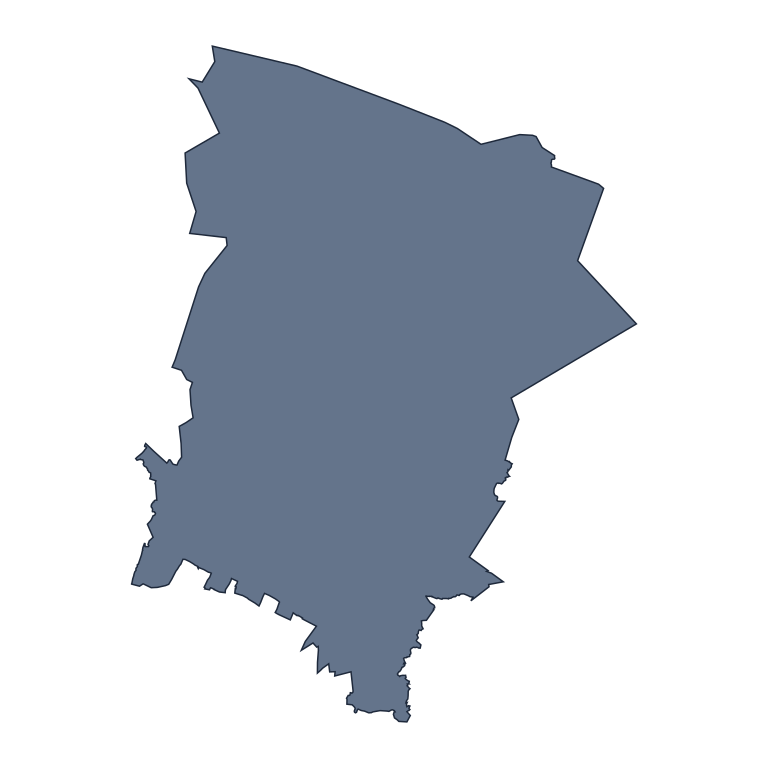 Atoyac de Álvarez, Guerrero, Mexico
{"feature_id": "50627088B21593643205085", "entity_name": "Atoyac de Álvarez", "entity_type": "district", "adm_level": 2, "iso_a3": "MEX", "parent_name": "Mexico", "parent_adm1": "Guerrero", "projection": "robinson", "projection_center": [-100.398, 17.312], "detail": "fine", "context": "isolated", "style": "filled", "palette": "slate", "viewbox_px": 768, "rotation_deg": 0, "n_neighbors": 0, "source": "geoboundaries", "source_scale": "gbopen_adm2", "svg_char_len": 6126}
<svg xmlns="http://www.w3.org/2000/svg" viewBox="0 0 768 768"><path d="M536.1,136.6L532.6,135.3L519.7,134.6L481.0,144.3L457.4,128.5L444.8,122.3L399.1,104.3L297.0,66.1L212.3,46.1L214.8,61.6L202.2,82.1L189.0,78.8L198.0,88.1L219.4,133.1L185.1,153.0L186.7,183.2L196.1,211.5L189.7,233.4L226.2,237.6L227.1,245.5L204.9,273.3L198.6,286.8L175.2,359.8L172.1,367.2L181.5,370.3L186.7,379.5L192.4,382.4L190.0,389.6L191.0,405.3L193.1,417.8L185.9,422.7L179.2,426.4L181.1,443.5L181.6,457.2L178.7,461.1L177.0,465.0L176.2,465.0L173.3,464.3L172.6,463.7L170.2,460.0L169.7,459.8L169.0,459.9L168.6,460.4L167.8,462.0L166.8,463.1L153.7,451.2L145.7,443.5L144.8,445.2L144.6,446.3L145.0,446.7L146.4,447.1L146.5,447.7L146.2,448.3L144.8,449.8L144.0,451.0L142.1,453.1L136.9,457.4L135.7,458.6L137.0,460.2L140.5,459.2L140.8,459.6L142.9,459.9L143.5,461.4L143.8,462.5L143.6,463.3L143.2,463.8L143.6,465.1L144.4,466.2L146.4,467.2L146.9,468.2L147.6,469.0L147.5,469.6L147.6,470.1L148.3,470.8L149.2,472.4L149.8,472.5L150.6,472.9L150.8,475.1L150.6,475.7L150.8,476.5L149.9,478.1L149.8,478.8L155.9,480.8L155.0,483.7L155.5,484.1L156.8,500.2L155.2,500.2L154.1,501.0L153.9,501.9L153.0,502.2L152.9,502.7L152.0,503.7L151.3,505.1L151.5,505.4L151.2,506.1L151.2,506.9L151.9,507.6L152.6,509.2L152.4,510.6L152.4,511.6L152.8,511.8L154.2,511.7L154.5,511.9L154.7,512.5L155.3,512.9L155.5,513.5L154.8,515.0L154.4,515.3L153.1,515.7L151.5,519.3L150.4,521.0L147.4,524.2L153.1,537.3L149.3,540.8L148.0,544.3L148.8,545.8L148.6,545.9L148.3,546.6L145.2,546.6L144.8,546.1L145.1,545.5L144.9,544.6L145.1,544.1L145.0,543.6L144.4,543.5L142.9,547.6L142.5,549.9L142.7,550.5L142.4,550.8L141.4,555.1L138.3,564.3L137.5,564.5L137.2,565.0L137.4,566.1L137.3,566.6L136.1,568.1L135.9,568.9L136.0,570.4L135.1,571.4L134.7,572.1L133.9,574.7L133.8,575.6L132.8,578.6L131.8,583.6L131.6,583.8L131.6,584.1L139.5,586.2L143.0,583.9L143.3,583.9L151.2,587.7L157.4,587.4L165.5,585.6L168.7,584.3L171.6,579.5L175.8,571.3L177.4,569.2L179.5,565.7L180.8,564.3L182.9,559.3L185.1,559.4L189.7,561.6L193.6,564.0L194.8,565.0L197.5,566.3L197.9,566.5L197.6,567.2L198.3,568.7L198.9,567.6L203.9,569.6L208.4,572.2L209.8,572.5L211.3,573.2L209.7,577.3L207.5,580.2L205.5,584.5L204.1,587.2L204.5,587.4L205.2,588.2L204.8,588.9L209.5,589.8L210.5,587.8L210.7,587.7L214.2,589.3L214.1,589.6L219.4,592.0L225.2,592.7L225.3,590.9L225.6,589.5L229.3,583.9L231.0,580.4L231.5,578.5L237.5,581.3L237.0,583.5L235.4,585.8L235.2,586.3L236.2,586.8L235.9,588.6L235.3,588.4L234.8,593.1L242.1,595.4L242.3,595.3L247.3,598.0L248.7,599.3L254.9,603.0L259.0,606.0L260.6,602.6L262.9,596.7L264.5,593.4L269.0,595.3L275.4,598.9L278.9,601.4L279.5,602.1L279.0,603.2L276.9,609.3L275.2,612.5L276.6,613.4L279.0,614.7L290.3,619.9L293.2,612.8L296.5,615.3L296.6,615.1L298.1,615.8L298.4,615.5L302.5,618.0L302.2,618.7L303.5,619.5L316.4,626.2L305.3,641.4L301.3,650.3L313.0,643.0L316.7,647.1L318.2,646.4L318.4,650.3L317.5,662.3L317.4,673.1L320.7,670.2L322.5,668.3L328.7,663.8L329.7,671.9L335.1,671.7L334.7,676.0L351.0,671.8L353.1,691.1L352.8,692.4L351.8,693.2L350.9,692.7L350.3,692.7L350.1,694.2L349.7,695.3L349.3,695.4L348.2,695.4L346.5,698.3L347.0,699.2L346.9,704.2L352.2,704.8L354.3,706.9L355.1,708.2L355.1,708.9L354.3,711.0L354.4,711.9L354.8,712.4L355.5,712.8L356.5,712.3L357.4,709.8L358.1,709.1L361.2,710.5L364.5,711.1L368.6,712.8L371.3,712.7L372.8,711.9L380.1,710.6L387.4,711.1L388.9,711.4L391.4,710.0L392.4,709.8L394.3,710.6L395.0,711.8L394.2,711.8L393.4,714.3L394.5,717.9L397.2,719.8L398.8,721.4L406.9,721.9L410.3,715.5L406.9,711.7L408.2,710.7L408.9,710.6L409.9,709.5L409.0,708.7L409.4,706.9L409.7,706.6L409.9,706.0L408.5,705.7L406.9,706.7L406.6,705.6L406.5,704.0L407.2,702.5L405.9,702.8L406.5,700.7L407.8,699.0L408.1,695.9L408.2,691.2L408.6,690.2L410.0,688.7L409.2,688.1L407.1,685.8L407.7,685.2L407.3,684.0L409.1,683.9L408.6,683.5L409.1,682.4L409.3,681.3L408.2,680.9L406.1,679.5L405.2,678.3L406.1,677.2L405.8,676.5L405.6,675.3L404.4,675.4L402.9,675.3L400.6,675.7L399.7,676.5L398.6,675.4L397.9,675.2L397.4,674.0L398.9,671.7L399.6,671.6L400.8,670.0L402.0,667.6L401.9,667.4L402.4,667.1L402.9,667.1L404.6,665.7L405.0,664.0L403.6,663.9L404.0,663.1L404.7,663.4L405.5,663.2L404.3,660.9L403.6,658.4L404.3,657.8L406.5,657.6L406.7,657.2L407.3,657.1L407.3,656.9L409.6,656.5L409.8,655.6L409.7,654.7L410.7,653.9L410.9,653.1L410.4,650.6L410.5,649.4L411.2,648.6L413.2,647.3L414.2,647.3L415.0,647.6L416.7,647.2L418.2,647.7L418.8,648.1L420.2,648.1L420.9,644.9L418.7,642.8L418.1,642.5L417.3,641.9L416.6,641.1L416.3,640.6L416.7,639.7L418.2,637.8L417.1,635.2L416.8,634.8L418.2,633.5L418.4,631.6L418.9,630.2L419.6,630.0L421.1,630.5L422.0,629.3L423.1,628.8L421.7,626.0L421.7,623.2L421.4,620.9L423.1,620.5L426.4,620.3L433.7,610.0L433.3,610.0L433.7,608.3L434.7,607.8L434.7,607.1L434.2,605.6L433.8,605.1L430.2,602.7L427.5,599.0L425.9,596.2L426.0,596.0L428.0,596.4L429.4,596.2L429.7,596.5L431.2,596.2L432.0,596.9L432.5,596.6L432.9,597.1L436.4,598.5L437.0,598.6L437.5,598.1L438.7,598.1L439.1,598.5L441.9,599.2L442.4,599.0L442.6,598.5L446.4,598.5L447.7,598.7L448.4,598.4L448.6,598.8L449.0,598.5L451.2,598.1L451.6,597.6L452.9,597.2L453.4,596.6L455.0,596.8L456.0,596.2L457.0,594.9L459.1,595.5L459.5,595.3L459.6,594.6L461.0,594.1L461.8,593.9L463.9,593.9L468.5,595.8L469.8,596.6L473.0,597.2L470.9,600.8L489.0,586.8L488.7,584.5L503.3,581.8L491.5,573.2L486.6,571.4L488.1,570.6L469.3,557.0L504.8,501.4L498.2,501.2L497.1,500.5L496.9,500.1L497.6,497.8L497.4,496.6L496.7,496.1L495.3,495.6L494.4,494.4L493.8,492.3L494.0,489.6L494.3,488.2L496.4,483.8L496.9,483.3L498.2,483.0L498.8,483.4L499.7,483.2L501.6,483.9L502.5,483.2L503.9,481.2L505.6,480.3L505.5,479.5L505.9,479.0L505.3,478.3L505.3,477.8L506.8,477.0L507.7,477.2L508.2,476.7L509.5,476.3L509.1,476.0L507.0,472.6L508.0,471.6L507.8,470.5L508.0,469.6L508.9,470.1L511.3,466.9L511.4,464.9L512.2,463.8L510.6,463.0L509.5,461.8L509.4,462.1L508.4,461.4L507.2,460.8L505.1,460.1L511.8,437.3L518.8,419.4L511.2,397.9L636.4,323.9L577.6,260.7L603.6,188.4L598.6,184.2L551.4,167.0L551.5,165.1L550.9,163.0L551.3,162.3L551.6,159.7L552.3,159.3L554.4,159.1L554.8,158.5L554.5,156.6L554.6,155.6L542.1,147.5L536.1,136.6Z" fill="#64748b" stroke="#1e293b" stroke-width="1.5"/></svg>